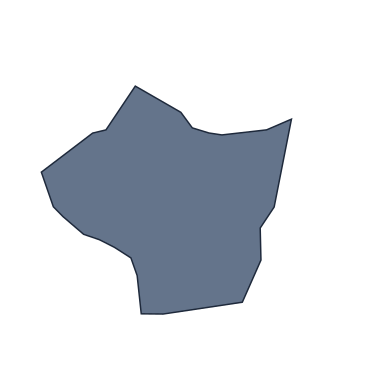 map outline of Murska Sobota (Mercator projection), rotated 326°
{"feature_id": "SVN-1045", "entity_name": "Murska Sobota", "entity_type": "Statistical Region", "adm_level": 1, "iso_a3": "SVN", "parent_name": "Slovenia", "parent_adm1": "", "projection": "mercator", "projection_center": [16.156, 46.652], "detail": "fine", "context": "isolated", "style": "filled", "palette": "slate", "viewbox_px": 384, "rotation_deg": 326, "n_neighbors": 0, "source": "natural_earth", "source_scale": "10m", "svg_char_len": 445}
<svg xmlns="http://www.w3.org/2000/svg" viewBox="0 0 384 384"><g transform="rotate(326 192 192)"><path d="M155.4,92.4L204.2,72.5L227.3,119.7L228.1,139.0L239.0,152.5L248.7,161.4L288.6,182.2L315.2,187.2L251.7,250.4L228.4,260.0L211.1,287.0L172.1,311.5L99.8,277.0L81.8,264.6L99.8,230.6L104.5,212.5L96.8,194.6L88.5,179.7L78.5,166.5L71.3,140.3L68.8,126.7L78.2,91.3L142.6,87.6L155.4,92.4Z" fill="#64748b" stroke="#1e293b" stroke-width="1.5"/></g></svg>